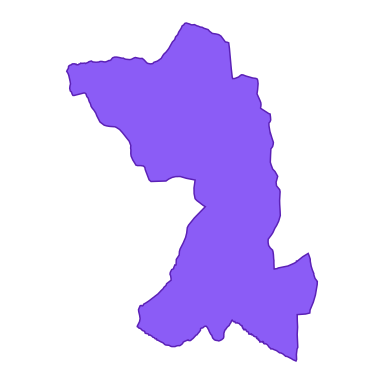 Mbogwe, Shinyanga, United Republic of Tanzania (Robinson projection)
{"feature_id": "72390352B61326482335333", "entity_name": "Mbogwe", "entity_type": "district", "adm_level": 2, "iso_a3": "TZA", "parent_name": "United Republic of Tanzania", "parent_adm1": "Shinyanga", "projection": "robinson", "projection_center": [32.171, -3.47], "detail": "fine", "context": "isolated", "style": "filled", "palette": "violet", "viewbox_px": 384, "rotation_deg": 0, "n_neighbors": 0, "source": "geoboundaries", "source_scale": "gbopen_adm2", "svg_char_len": 5899}
<svg xmlns="http://www.w3.org/2000/svg" viewBox="0 0 384 384"><path d="M137.4,326.8L137.7,326.8L139.1,328.2L140.1,328.4L141.0,329.0L142.0,330.1L142.9,330.7L143.7,330.9L144.7,331.5L145.0,332.7L145.3,333.3L147.8,333.8L148.5,334.2L148.8,335.1L150.3,335.1L151.1,335.7L152.0,336.2L152.7,337.1L154.3,337.7L155.2,338.8L156.0,339.0L156.5,338.8L156.9,340.0L158.1,340.3L160.6,341.7L162.8,342.7L163.9,343.6L164.6,344.4L165.8,345.0L169.0,345.3L170.8,346.3L171.9,346.6L175.0,346.6L176.9,345.8L178.7,345.6L179.4,345.7L180.1,345.5L181.8,344.3L182.7,343.3L183.2,342.2L184.3,341.5L187.5,340.1L188.0,339.9L188.2,340.4L188.8,340.4L189.2,340.6L190.2,340.6L190.8,340.3L191.8,339.4L193.1,338.4L196.1,335.1L197.0,334.8L198.0,333.4L199.4,331.8L200.4,330.3L200.5,329.8L200.5,329.1L200.6,328.6L201.3,328.1L202.7,327.9L204.5,326.4L205.5,326.2L206.3,326.3L207.5,327.7L208.0,328.8L208.6,329.7L209.1,331.1L210.0,332.9L211.0,334.6L211.7,335.1L212.7,338.0L214.4,339.8L215.7,340.3L217.8,340.6L218.6,340.9L219.6,340.7L221.7,339.7L223.4,338.2L223.8,336.9L223.8,334.8L223.9,334.0L223.8,333.4L224.9,330.1L225.4,329.6L225.6,329.6L225.9,329.0L227.2,327.2L228.3,326.2L229.1,325.6L230.1,323.6L230.6,323.0L231.0,322.3L231.6,320.6L232.1,320.1L233.0,321.1L233.6,321.7L234.8,321.5L234.9,322.0L235.3,322.7L235.9,323.0L236.9,322.9L237.2,322.7L238.1,323.3L239.3,323.5L239.9,324.4L240.5,325.0L241.3,325.5L242.0,325.6L242.0,326.5L242.4,326.8L242.6,327.3L242.5,327.8L242.8,328.2L243.2,328.4L243.6,329.6L244.2,329.9L244.6,329.6L244.9,329.2L245.7,329.6L246.0,330.0L246.0,330.4L247.0,331.6L247.7,331.5L248.3,332.2L248.6,332.8L248.8,334.0L249.4,334.0L249.5,334.1L250.4,334.3L250.9,334.2L251.1,333.8L251.4,333.9L251.7,334.3L251.7,334.8L252.0,334.9L252.4,334.7L252.9,335.1L253.8,336.2L254.2,336.2L254.5,336.5L255.3,336.8L256.0,336.9L256.6,337.0L256.7,337.4L256.6,337.5L256.6,338.2L257.1,338.4L257.1,338.7L257.3,338.9L257.6,339.0L257.9,338.8L258.4,339.9L258.7,339.8L258.7,340.1L259.1,340.6L259.7,340.9L259.8,342.0L260.3,342.0L260.6,341.7L261.1,342.0L262.6,341.5L262.7,342.0L263.0,341.8L263.4,341.9L263.7,342.5L263.6,342.9L263.7,343.5L264.3,343.8L264.7,343.8L265.1,343.9L265.5,343.7L266.5,344.1L267.5,344.9L268.2,345.8L268.6,346.6L270.0,348.0L270.6,348.3L270.8,348.9L272.6,348.9L273.4,349.4L276.5,350.6L279.5,352.8L281.0,353.0L282.7,353.8L284.4,355.2L285.6,356.3L287.2,356.5L291.3,358.6L293.2,359.8L296.0,361.0L296.6,359.5L296.4,354.4L297.0,349.3L297.8,347.3L297.2,334.4L297.6,327.1L297.3,320.9L297.2,314.6L305.7,314.0L309.8,313.0L310.1,309.9L313.3,302.2L315.4,295.1L317.2,284.5L317.3,281.4L316.8,281.0L316.8,280.7L315.0,278.4L313.8,274.7L313.8,273.5L312.4,270.1L311.2,266.3L310.3,261.4L310.2,259.1L309.2,256.0L308.2,253.4L302.8,256.7L297.8,260.7L297.5,261.0L297.2,261.0L297.3,261.1L294.7,263.0L287.9,266.0L278.0,268.0L277.6,268.5L274.2,269.0L274.1,268.2L273.9,263.2L273.9,260.3L273.7,259.1L273.4,254.4L273.0,251.6L272.8,251.3L272.6,250.2L270.2,247.9L268.6,245.4L268.1,242.3L268.1,241.2L268.2,239.2L271.7,234.5L272.9,232.6L274.8,228.4L276.7,225.3L278.7,221.1L280.3,215.5L280.1,211.0L279.7,204.2L279.6,200.4L280.1,191.8L279.7,189.7L276.5,185.8L276.1,182.2L277.7,176.3L275.0,171.5L272.7,169.1L271.0,164.5L270.3,162.2L270.6,154.5L270.9,148.9L272.6,146.6L273.2,144.3L273.4,142.4L271.9,137.9L270.2,132.3L270.1,132.5L269.0,125.9L268.9,123.4L269.1,122.8L270.0,121.8L270.5,120.6L270.7,119.9L270.5,117.0L270.1,114.0L268.8,113.6L260.6,108.3L260.6,107.5L260.9,106.1L261.0,104.5L260.8,102.7L260.1,100.8L257.0,93.8L257.6,89.8L258.1,83.7L257.7,80.3L257.2,79.0L255.9,78.4L252.8,78.0L245.8,76.0L243.0,74.9L241.4,74.8L240.1,75.7L238.6,77.0L234.8,78.5L232.7,78.6L232.3,77.6L231.3,69.1L229.4,48.1L228.7,42.8L227.4,42.3L225.3,41.9L221.0,36.1L218.7,34.6L216.2,34.0L212.3,33.4L209.6,31.3L208.1,29.6L203.8,28.2L202.3,27.3L200.2,27.0L198.4,26.2L196.9,25.8L194.5,24.6L192.8,24.8L191.3,24.8L189.6,24.0L186.2,23.0L184.8,23.4L183.6,25.0L182.2,25.8L181.1,28.4L178.7,32.1L177.7,34.7L176.7,35.7L175.6,36.9L174.7,39.6L172.4,42.0L168.8,48.5L166.1,52.0L165.3,52.8L164.3,53.6L163.0,55.3L161.2,58.4L157.4,61.1L153.9,62.3L152.7,63.6L150.4,63.9L147.4,63.3L145.9,61.9L144.3,60.1L142.3,58.4L139.9,58.5L135.3,57.5L133.9,58.0L131.2,59.4L129.6,59.6L125.6,59.2L124.3,58.7L123.3,58.1L122.5,58.2L121.2,58.0L119.2,57.5L116.8,57.1L114.6,57.1L112.8,57.7L111.9,58.6L111.1,59.8L110.0,60.5L108.9,60.5L107.0,61.4L105.6,61.9L104.1,61.9L101.9,61.4L100.2,61.4L98.8,62.0L96.9,62.2L95.5,62.2L92.7,61.9L91.4,61.0L88.9,61.7L88.2,62.4L87.9,62.4L85.6,63.5L85.1,63.1L84.4,63.1L82.9,63.3L81.5,63.3L80.7,63.1L79.8,63.9L78.9,64.1L78.0,64.8L76.7,64.7L76.1,64.6L76.0,64.0L75.1,64.0L74.5,63.8L72.2,63.9L71.5,64.7L69.9,65.2L68.7,66.1L68.4,67.1L68.5,68.1L67.4,69.8L66.7,71.3L68.0,73.4L68.8,75.5L70.1,81.3L70.5,83.9L70.0,85.8L69.7,88.4L70.3,91.0L71.3,91.8L72.2,94.2L72.9,95.4L74.0,95.5L84.2,92.9L85.1,93.2L86.1,94.1L86.4,95.4L87.0,96.8L88.1,98.0L89.3,101.8L90.0,102.9L90.7,104.7L91.1,106.4L92.5,108.5L93.8,110.0L95.8,113.1L96.8,115.8L100.0,122.0L104.2,125.2L106.7,125.9L109.7,126.4L115.1,126.8L116.5,127.5L119.6,129.5L122.4,132.6L129.2,141.2L130.8,145.5L130.6,148.2L130.9,149.8L130.8,153.6L131.1,156.1L132.8,160.0L135.0,163.5L135.9,165.1L137.5,165.6L140.9,165.6L143.4,166.0L144.8,167.3L145.3,169.8L149.1,179.8L151.0,181.5L166.0,181.0L168.6,179.1L172.2,177.4L175.6,176.6L180.2,176.5L186.4,178.3L195.1,180.0L194.0,188.0L194.1,193.7L195.1,198.7L196.8,200.5L203.2,205.4L205.3,206.7L194.4,217.9L188.6,225.1L187.3,227.6L186.7,233.0L185.6,237.4L183.2,243.0L180.1,249.0L179.4,251.5L179.2,255.0L176.3,259.4L176.1,264.4L175.8,265.1L174.9,264.9L173.7,267.7L173.6,268.7L171.7,269.6L170.3,272.3L170.0,274.2L170.6,275.7L171.0,278.1L171.1,280.2L166.6,283.7L166.0,285.5L163.9,287.3L163.2,288.6L161.3,290.4L157.9,294.0L148.5,301.2L145.9,302.9L143.6,304.2L143.0,305.6L142.1,305.9L141.1,305.4L140.1,305.8L138.5,309.6L138.7,311.5L139.6,315.3L140.1,318.7L139.5,321.7L137.2,326.3L137.4,326.8Z" fill="#8b5cf6" stroke="#5b21b6" stroke-width="1.5"/></svg>